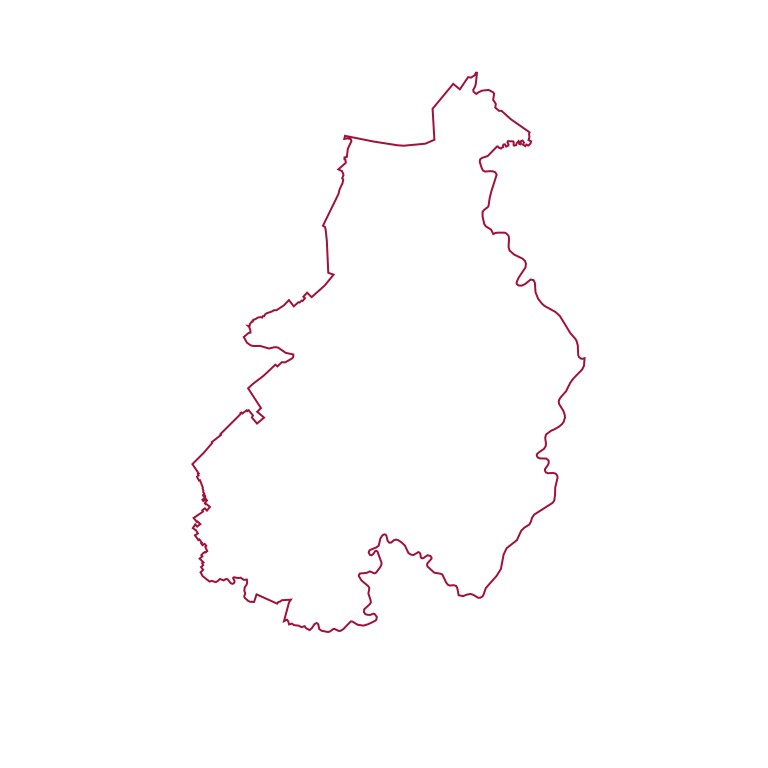 My Xuyen, Sóc Trăng, Vietnam, rotated 329°
{"feature_id": "81297802B12004492777163", "entity_name": "My Xuyen", "entity_type": "district", "adm_level": 2, "iso_a3": "VNM", "parent_name": "Vietnam", "parent_adm1": "Sóc Trăng", "projection": "albers", "projection_center": [105.88, 9.468], "detail": "fine", "context": "isolated", "style": "outline", "palette": "rose", "viewbox_px": 768, "rotation_deg": 329, "n_neighbors": 0, "source": "geoboundaries", "source_scale": "gbopen_adm2", "svg_char_len": 6166}
<svg xmlns="http://www.w3.org/2000/svg" viewBox="0 0 768 768"><g transform="rotate(329 384 384)"><path d="M288.0,271.5L287.8,278.0L289.6,282.2L291.6,284.2L297.5,287.6L303.6,294.3L309.7,296.3L312.0,298.3L315.8,306.7L321.5,312.0L320.4,313.8L318.9,314.7L310.5,314.6L307.6,312.7L301.7,314.0L300.8,311.5L285.1,314.9L271.5,316.4L265.3,317.7L266.1,341.3L261.0,342.5L263.9,351.0L254.8,352.5L253.5,344.7L255.4,343.5L254.5,336.8L252.9,336.9L252.8,335.8L247.4,336.3L247.1,335.0L246.0,335.0L245.9,335.7L243.9,336.3L218.0,342.7L218.1,343.7L206.5,345.1L206.5,346.0L193.8,350.2L178.5,354.0L179.1,365.3L178.1,365.2L178.0,366.8L175.9,367.2L175.7,371.5L176.7,371.7L175.4,379.3L174.6,380.3L174.2,382.6L173.4,383.4L173.5,385.8L171.6,386.0L171.5,387.2L173.0,388.0L172.4,389.1L168.7,389.7L168.8,391.2L172.1,391.0L172.3,392.6L169.0,393.9L169.2,395.3L170.0,395.6L171.5,399.7L167.0,401.3L166.4,398.3L163.1,398.7L163.1,400.1L162.5,400.2L151.8,400.8L152.6,406.0L153.4,405.9L154.4,409.5L150.4,410.0L149.9,407.1L145.9,409.1L147.5,412.6L147.5,416.3L144.0,416.3L144.5,422.2L145.7,422.1L146.2,426.3L145.2,426.3L145.4,428.7L147.9,428.6L148.3,431.2L146.9,431.6L146.4,436.2L144.4,436.5L144.1,435.8L141.7,435.9L139.3,436.6L139.5,438.2L136.0,438.7L137.4,443.9L135.8,443.9L135.8,446.1L132.9,446.7L133.3,450.1L129.8,450.9L129.6,455.3L132.7,463.5L134.9,464.0L137.8,467.2L139.7,467.3L143.0,466.6L145.4,469.8L148.3,469.7L149.5,471.2L150.0,475.8L151.1,477.2L152.5,477.5L153.9,476.7L154.4,475.9L154.6,473.0L155.0,472.4L155.9,472.4L159.1,475.3L161.4,476.2L162.9,479.6L165.7,481.0L164.3,484.0L163.1,485.1L159.8,486.6L157.8,489.3L157.2,492.0L154.7,494.1L154.6,495.9L156.0,500.3L157.3,501.9L160.4,503.9L166.4,498.7L179.3,517.2L181.0,516.5L183.1,517.0L185.0,516.7L193.1,520.9L190.2,522.2L176.1,535.8L179.5,536.1L179.7,538.2L178.8,541.2L181.7,542.0L182.6,544.3L186.4,547.2L188.0,549.9L191.2,550.7L191.4,553.1L193.4,556.6L196.1,556.2L200.9,554.0L203.0,554.2L203.7,555.0L203.8,556.4L202.3,560.8L203.4,563.3L208.3,567.8L210.4,568.3L213.9,567.9L215.2,568.2L218.0,572.3L219.5,573.2L222.7,573.2L233.3,570.4L234.6,571.4L237.4,576.8L241.9,580.5L246.5,581.7L252.6,582.3L255.1,582.4L256.3,581.8L257.9,579.9L257.5,576.4L256.5,575.3L253.3,574.9L251.0,573.3L249.5,571.7L249.3,569.1L251.1,566.9L258.5,565.4L260.2,564.5L261.1,562.5L262.7,555.6L266.4,551.2L266.4,549.3L263.5,540.7L263.5,535.9L264.0,534.8L265.7,534.0L271.6,536.9L275.4,537.4L278.0,541.1L279.1,541.7L280.7,541.4L286.5,539.0L288.8,537.5L289.8,535.9L292.1,524.3L291.6,523.2L290.4,522.7L286.8,524.3L284.9,524.3L283.9,523.1L284.1,520.6L285.2,519.5L286.7,519.1L293.1,520.1L296.1,519.9L301.3,514.6L304.4,513.0L306.7,513.0L307.8,514.0L308.0,515.0L306.3,520.3L306.8,522.7L308.4,523.6L312.1,523.0L314.1,523.5L315.7,525.1L317.5,528.9L318.7,533.2L317.9,541.6L319.3,544.2L321.2,545.8L326.9,545.8L327.6,546.9L327.7,548.2L326.3,551.6L326.8,553.1L328.2,553.5L333.0,553.2L335.2,555.2L335.4,556.9L334.8,558.2L328.8,560.1L327.6,561.4L327.3,562.9L329.9,571.6L334.6,575.6L335.9,577.4L335.0,585.9L335.4,589.0L336.5,590.6L340.2,592.4L341.8,594.3L341.7,596.7L339.2,603.5L342.6,606.6L346.6,607.2L350.1,608.6L352.0,610.8L354.6,615.7L356.4,616.8L358.8,616.8L360.3,616.2L366.3,611.3L381.6,606.5L388.9,602.8L398.7,591.8L404.6,587.9L417.5,586.3L426.1,580.4L430.4,579.4L436.2,579.3L439.1,577.6L442.0,574.9L445.4,573.3L467.4,572.7L469.9,571.6L473.6,567.0L477.4,561.0L484.5,553.7L485.3,551.9L485.2,550.1L484.5,548.7L483.0,547.2L478.6,545.0L477.2,543.1L477.4,541.0L478.1,539.9L483.1,537.7L484.6,536.4L485.7,534.3L484.7,531.5L479.8,528.4L478.2,526.8L477.9,525.0L478.4,523.4L479.0,522.9L482.0,522.3L487.7,522.0L490.5,520.6L492.0,518.8L494.5,513.1L497.0,510.7L503.5,510.1L506.4,510.6L512.2,510.7L515.8,510.1L518.5,509.0L521.8,506.0L523.0,503.6L523.9,499.4L523.8,491.3L524.7,489.0L526.2,487.6L528.6,486.4L536.3,484.0L544.1,479.0L548.8,476.9L561.4,473.6L564.8,471.4L569.2,465.2L566.8,464.5L565.8,463.5L565.0,461.1L565.5,459.0L569.9,450.9L571.2,446.5L571.3,444.1L569.9,436.1L569.8,416.4L568.0,410.4L561.8,399.8L560.8,396.5L560.0,390.5L561.1,383.5L565.4,375.0L565.7,372.0L563.5,370.0L556.4,371.0L552.6,370.6L550.0,368.7L549.3,366.8L549.7,365.6L551.4,364.1L554.4,362.1L565.2,357.0L567.6,354.1L568.2,351.1L567.3,347.9L562.2,340.1L560.4,334.3L561.3,330.8L565.8,324.2L566.9,321.8L567.0,320.4L566.1,317.4L565.2,316.3L559.2,312.7L557.0,311.9L554.9,311.8L555.3,306.8L552.5,301.4L552.3,298.5L554.7,291.4L557.1,287.3L559.2,286.4L564.1,285.8L565.3,285.2L570.4,279.0L575.4,274.0L588.4,262.6L588.4,259.9L587.2,258.1L584.6,256.2L580.1,254.0L578.9,252.2L578.9,249.5L580.5,242.8L582.2,240.9L584.6,240.7L590.3,242.0L603.3,238.6L604.0,239.2L604.4,241.2L605.6,242.4L606.3,241.9L608.1,242.4L609.1,240.6L610.0,240.3L611.1,240.9L611.0,243.4L613.3,243.6L614.0,243.1L614.3,240.4L615.4,239.7L619.8,242.7L619.6,243.7L618.1,246.1L618.3,246.7L620.3,247.3L622.0,245.8L624.2,245.2L623.6,248.0L624.5,249.0L625.3,248.4L625.8,246.3L628.1,246.6L628.3,249.2L626.4,250.5L627.6,252.9L629.4,252.1L630.3,253.8L631.2,253.9L633.5,253.2L635.1,251.8L633.5,249.4L636.0,247.0L637.0,244.5L638.4,243.3L629.1,222.4L625.4,210.3L623.3,209.1L621.7,204.4L624.1,201.5L623.9,196.7L627.9,191.9L627.8,190.2L625.1,185.8L619.0,183.0L614.7,182.6L612.6,183.0L611.3,179.8L611.9,177.9L615.2,176.0L617.2,174.1L624.0,165.1L623.1,164.5L620.6,166.1L616.4,166.2L614.1,164.3L600.8,170.5L597.9,162.4L567.4,173.1L553.0,200.6L543.2,199.3L523.6,189.9L518.5,186.3L499.8,170.7L478.4,151.2L476.2,153.5L479.1,154.6L481.6,156.7L481.2,159.0L474.2,163.7L469.1,170.2L466.8,169.4L465.8,171.1L466.5,171.7L465.2,174.7L455.4,176.5L457.7,180.0L457.2,183.2L456.7,184.2L454.1,186.1L454.4,187.7L451.8,190.6L446.3,194.2L442.8,197.7L413.2,216.9L414.3,219.2L413.1,222.5L408.6,232.1L393.5,260.0L397.1,264.3L384.0,269.0L366.7,272.3L365.1,266.1L359.8,267.7L360.5,269.7L357.1,270.9L356.4,270.1L353.6,270.7L352.7,269.8L346.7,271.0L345.7,263.1L339.0,265.0L329.9,265.4L327.8,264.1L325.2,264.1L319.7,262.9L317.9,263.1L316.2,264.2L314.9,263.4L313.8,264.3L312.9,263.3L310.3,262.1L306.9,262.2L305.1,261.6L304.5,262.3L303.9,262.1L303.4,262.9L302.3,262.6L299.8,263.6L298.7,265.0L297.4,264.1L297.8,265.4L297.3,268.6L296.0,271.2L294.4,270.5L288.0,271.5Z" fill="none" stroke="#9f1239" stroke-width="2"/></g></svg>